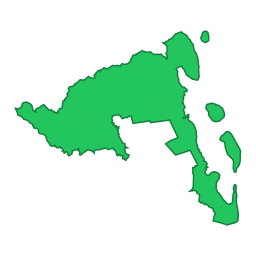 outline of South East Santo, Sanma, Vanuatu
{"feature_id": "77236927B70121045858985", "entity_name": "South East Santo", "entity_type": "district", "adm_level": 2, "iso_a3": "VUT", "parent_name": "Vanuatu", "parent_adm1": "Sanma", "projection": "mercator", "projection_center": [167.149, -15.403], "detail": "fine", "context": "isolated", "style": "filled", "palette": "green", "viewbox_px": 256, "rotation_deg": 0, "n_neighbors": 0, "source": "geoboundaries", "source_scale": "gbopen_adm2", "svg_char_len": 5857}
<svg xmlns="http://www.w3.org/2000/svg" viewBox="0 0 256 256"><path d="M190.0,191.1L194.2,190.5L196.4,190.9L196.7,193.0L199.7,194.8L198.8,201.0L201.1,203.1L202.0,202.3L204.9,204.7L205.9,204.2L207.2,204.5L208.9,206.8L213.1,208.5L213.3,210.6L214.4,212.5L215.4,213.2L215.3,214.3L214.4,214.9L213.2,221.0L220.1,222.6L227.1,224.9L227.0,224.4L227.1,224.8L235.2,222.7L236.9,221.7L238.0,220.3L238.3,213.5L236.2,200.9L236.8,195.6L235.8,191.0L236.2,187.7L236.0,185.4L235.2,184.7L234.3,184.9L233.3,188.7L233.9,189.7L233.9,191.1L234.9,191.1L235.3,192.0L233.9,192.4L233.2,193.8L232.4,202.3L231.8,203.4L229.9,203.8L229.7,204.3L227.6,204.1L222.6,198.8L220.7,195.2L219.8,194.7L219.1,193.1L218.1,192.6L217.2,191.4L216.6,189.2L216.0,188.6L216.5,186.1L216.2,183.6L217.3,180.9L219.0,179.0L219.8,175.1L217.8,172.8L214.4,171.7L211.3,172.6L209.0,175.2L207.2,175.1L205.3,173.5L205.1,171.9L206.6,169.2L205.6,168.4L205.6,167.7L206.2,167.0L206.9,167.2L206.7,166.6L207.3,166.8L206.3,165.5L206.3,164.8L207.2,164.0L205.9,161.8L205.3,161.8L204.5,160.7L203.6,160.8L204.1,159.9L203.7,157.9L202.0,156.4L200.9,152.5L199.0,151.8L199.7,150.3L197.7,148.0L197.6,145.9L196.8,145.2L197.1,144.7L196.3,142.3L196.2,139.5L196.8,136.6L196.0,134.3L196.4,132.1L194.7,126.3L192.6,123.1L188.3,119.8L188.0,118.3L188.7,117.4L187.9,116.4L188.6,116.3L188.7,114.6L187.9,114.5L187.4,115.0L187.5,116.2L186.9,116.3L185.9,117.5L184.6,118.3L183.5,118.5L183.1,117.4L185.5,117.5L186.3,116.8L184.6,114.5L184.4,112.3L183.3,109.8L185.1,107.1L184.1,105.8L183.4,103.8L181.7,102.4L182.6,102.9L183.1,102.5L182.8,101.3L183.7,98.3L183.3,97.3L183.8,95.9L184.8,95.2L184.9,94.3L184.1,93.4L184.1,92.1L184.9,91.4L186.8,91.7L187.1,89.8L184.2,87.2L183.2,87.4L181.8,86.5L178.8,82.0L178.7,78.7L177.8,77.6L177.4,74.3L177.7,71.3L176.2,69.4L176.2,68.8L179.3,66.6L180.4,66.8L181.1,66.2L181.8,66.4L182.7,68.3L184.0,69.5L186.6,75.0L192.4,79.1L197.5,80.2L198.6,78.5L199.1,76.4L198.6,70.3L198.9,66.7L197.7,57.7L195.8,52.6L194.3,50.5L192.9,43.9L191.4,42.7L190.2,39.9L188.3,38.5L187.4,36.4L186.0,34.8L182.6,33.4L182.6,32.7L181.4,31.9L175.7,33.8L171.5,38.7L168.9,39.6L167.9,41.1L166.1,41.4L164.9,42.8L163.1,42.7L164.5,44.0L165.5,44.1L167.1,46.8L167.1,51.1L165.9,53.3L167.1,55.9L167.3,58.6L166.7,58.9L165.4,57.2L162.6,56.0L161.9,55.4L161.7,54.2L158.6,54.6L157.5,54.1L154.5,54.6L152.3,53.5L150.4,51.8L147.3,52.4L145.5,51.7L144.6,52.0L142.1,50.5L140.3,52.1L138.1,52.8L137.4,53.9L136.0,54.0L135.6,55.2L133.2,55.0L130.4,60.4L130.4,61.6L126.8,64.2L125.6,64.0L124.1,64.7L122.6,63.5L120.9,64.9L120.3,66.5L118.3,65.4L115.0,65.8L112.6,65.4L108.1,68.5L105.5,68.6L104.6,67.9L103.6,67.8L102.5,69.3L101.0,69.6L100.3,71.6L99.3,70.3L97.7,70.9L96.9,72.3L96.1,72.6L95.8,73.8L94.5,74.6L94.1,75.6L95.0,77.3L94.8,78.0L91.6,78.2L88.4,76.5L84.7,79.7L82.2,80.3L81.3,79.7L79.5,80.1L78.2,82.0L76.7,82.6L75.6,83.9L74.6,84.0L74.7,85.0L73.5,85.4L72.8,86.4L70.1,86.6L68.4,88.1L68.4,89.5L69.3,89.8L69.4,90.5L66.9,94.2L67.7,96.2L64.6,99.2L65.1,100.0L64.9,100.5L63.1,101.0L63.3,101.8L62.6,103.0L62.1,108.3L59.5,108.6L59.2,110.1L58.2,110.6L57.6,111.9L57.8,112.7L57.1,113.2L56.1,112.6L54.1,112.5L54.3,111.7L53.4,111.0L51.8,110.9L51.3,109.6L50.7,110.1L48.7,110.0L47.3,108.0L45.9,107.6L45.4,105.9L43.6,104.6L40.7,106.3L40.5,106.9L36.8,108.5L35.2,110.3L35.8,111.7L34.1,111.5L32.9,109.8L32.1,106.0L31.2,104.8L29.5,103.3L26.7,102.2L23.9,102.4L22.4,103.4L21.6,106.8L19.7,108.3L18.7,108.3L18.2,109.1L15.4,108.3L17.8,113.7L17.7,114.9L22.1,116.9L23.9,119.4L25.1,119.5L28.2,120.7L29.7,122.8L32.5,124.2L32.8,125.7L33.6,126.0L33.4,126.9L34.1,128.2L37.1,128.2L38.4,130.0L38.8,132.4L39.8,133.7L43.0,134.0L45.5,135.6L47.0,140.4L47.7,141.7L48.8,142.6L50.1,145.4L51.7,146.2L53.8,145.8L54.4,146.3L54.8,145.4L56.7,147.6L58.7,147.8L59.3,147.0L60.7,146.9L60.7,148.0L62.2,148.5L63.1,149.8L63.1,150.3L62.3,151.0L63.6,151.4L64.0,153.1L64.5,153.2L65.4,152.0L66.5,151.7L67.4,152.6L67.6,154.2L68.8,155.7L71.7,154.2L72.5,151.0L75.0,149.9L77.3,149.9L77.5,149.1L78.5,148.8L78.7,148.0L78.9,151.2L79.9,152.5L79.4,154.7L80.4,155.0L81.7,154.5L83.6,152.2L85.6,151.7L86.9,150.0L89.8,150.1L92.6,151.4L93.3,152.3L93.8,151.9L94.3,152.7L94.3,150.9L96.1,149.7L98.4,150.0L105.1,148.0L106.0,148.1L108.1,149.6L112.2,148.4L113.1,148.6L113.8,149.8L114.7,150.0L115.6,150.9L117.1,155.6L118.8,155.4L118.7,154.2L119.1,154.2L121.1,155.9L122.6,155.5L123.1,156.3L122.4,158.6L122.9,158.9L124.2,158.3L124.6,159.5L125.5,160.2L126.0,160.2L126.0,159.5L128.4,157.3L129.0,154.8L127.5,154.6L125.3,153.0L125.1,150.5L124.4,148.9L125.0,148.1L127.4,147.8L125.1,146.4L125.0,143.8L122.8,143.1L118.5,135.4L119.1,134.1L118.1,133.6L118.3,130.9L117.0,129.4L117.2,128.8L118.7,128.7L118.8,126.6L116.1,127.4L116.2,125.8L114.4,125.9L113.2,125.1L113.1,124.7L114.2,124.0L113.9,123.2L113.5,122.8L112.1,122.9L111.9,122.1L112.6,120.6L111.7,118.5L112.7,116.1L115.5,114.9L119.6,115.1L122.3,118.7L124.8,117.6L127.4,117.6L128.7,116.4L131.1,116.0L133.0,123.4L149.9,120.9L150.7,122.6L169.6,120.1L178.0,137.6L170.0,140.9L165.6,143.9L175.6,155.0L190.2,150.3L197.5,164.5L197.5,165.7L195.1,165.8L195.1,167.5L192.8,167.5L192.9,173.6L193.6,174.8L193.3,185.6L192.7,188.8L190.0,191.1ZM239.4,164.2L240.2,160.8L240.2,154.3L240.6,152.0L239.9,149.3L231.6,134.4L229.3,132.2L228.0,131.6L226.2,131.7L223.6,134.6L221.9,135.6L220.5,137.6L219.9,139.5L220.1,140.1L224.6,142.1L225.2,145.2L225.0,146.2L227.0,152.9L228.2,155.1L229.6,155.9L229.6,156.6L232.9,159.4L233.6,162.3L233.2,168.6L234.5,172.2L236.1,171.8L236.5,168.4L238.2,166.6L239.4,164.2ZM215.4,121.7L218.5,121.4L219.8,120.8L224.2,116.7L224.5,113.5L222.6,108.5L218.6,105.3L218.1,105.6L216.8,104.9L216.2,105.2L216.2,104.8L213.8,103.5L211.6,103.3L207.4,104.3L206.5,105.0L205.9,108.5L208.6,112.0L208.6,115.1L212.3,120.5L215.4,121.7ZM202.9,32.2L200.8,38.0L201.5,40.1L202.5,41.2L204.5,42.3L206.4,42.2L208.6,40.7L208.8,37.8L208.2,33.6L207.7,32.2L206.8,31.5L205.1,31.1L202.9,32.2Z" fill="#22c55e" stroke="#15803d" stroke-width="1.5"/></svg>